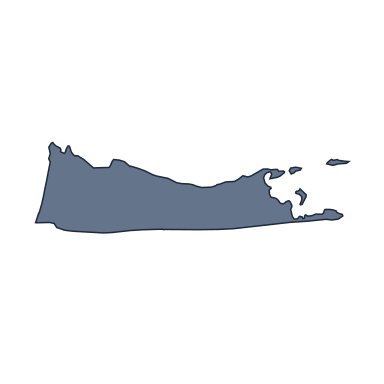 Suffolk, New York, United States of America (Mercator projection), rotated 20°
{"feature_id": "52423323B61185146991898", "entity_name": "Suffolk", "entity_type": "district", "adm_level": 2, "iso_a3": "USA", "parent_name": "United States of America", "parent_adm1": "New York", "projection": "mercator", "projection_center": [-72.547, 40.95], "detail": "fine", "context": "isolated", "style": "filled", "palette": "slate", "viewbox_px": 384, "rotation_deg": 20, "n_neighbors": 0, "source": "geoboundaries", "source_scale": "gbopen_adm2", "svg_char_len": 2775}
<svg xmlns="http://www.w3.org/2000/svg" viewBox="0 0 384 384"><g transform="rotate(20 192 192)"><path d="M55.5,274.3L56.7,274.0L68.7,269.3L73.3,268.7L77.0,271.6L84.6,271.5L85.1,271.5L89.3,270.6L94.9,269.2L106.4,265.7L122.9,260.7L130.6,257.5L147.0,249.4L156.2,245.4L157.9,244.6L175.3,237.7L177.3,237.0L178.0,237.2L179.5,236.4L182.6,235.3L210.9,225.2L229.7,218.1L243.3,212.4L294.7,186.9L310.2,180.1L327.3,171.8L333.2,170.4L338.6,167.5L341.9,163.0L341.6,162.3L340.4,161.5L339.4,161.9L335.8,161.8L334.7,161.4L334.0,160.5L330.3,160.6L326.9,161.4L323.0,162.9L322.6,164.6L322.8,165.6L322.7,167.0L321.6,168.5L315.7,170.5L312.9,173.2L309.1,175.1L306.9,174.6L306.1,175.1L306.2,176.3L306.6,177.8L306.2,178.6L305.5,178.8L305.2,178.9L305.0,179.0L304.4,177.8L301.7,177.9L301.1,178.6L301.0,179.3L300.4,181.0L298.2,182.2L296.9,182.2L295.7,181.5L294.3,180.2L290.5,174.3L290.9,172.5L290.5,170.5L287.5,167.6L286.3,167.1L285.8,167.2L283.7,168.9L282.8,170.8L282.1,171.5L280.8,172.2L278.7,172.3L275.9,170.3L273.7,169.4L271.5,169.3L268.0,169.9L265.6,167.6L263.9,163.7L265.1,161.5L264.4,160.6L261.2,160.5L257.6,158.6L254.4,154.2L254.4,152.9L254.4,151.0L255.9,148.1L257.5,146.9L258.5,146.5L259.6,146.7L260.8,148.1L260.7,152.9L267.2,149.0L269.3,146.9L272.2,142.2L272.1,141.5L270.8,141.0L266.6,142.8L265.7,142.5L264.7,141.6L262.4,142.3L258.5,144.2L255.2,144.5L250.9,146.2L242.1,156.6L239.3,158.8L234.3,159.3L231.4,163.9L228.4,167.5L220.3,171.0L215.2,175.3L213.1,176.4L212.3,177.8L208.7,180.7L199.5,184.5L194.4,185.0L190.3,184.9L186.3,185.5L179.4,187.7L174.2,188.5L164.7,187.4L153.3,189.1L148.7,189.2L141.1,188.3L133.7,188.2L125.5,188.7L125.0,189.3L123.9,188.8L118.0,186.6L115.6,186.8L112.8,186.9L107.2,188.3L106.5,190.8L106.2,195.8L105.8,197.0L105.7,197.3L91.1,203.1L89.7,202.5L79.0,198.4L72.4,197.1L70.1,197.7L69.8,198.2L68.5,197.8L66.1,196.6L64.5,195.2L61.2,190.9L59.9,191.0L59.7,191.2L59.2,194.1L59.3,198.2L58.8,199.4L54.6,199.1L54.5,198.2L54.4,197.1L53.2,195.9L48.2,195.2L45.6,194.1L44.3,193.1L43.1,194.1L42.2,198.6L42.1,198.8L45.7,204.5L46.0,209.8L48.5,212.3L51.6,231.9L51.8,232.9L52.8,240.2L53.3,243.0L53.9,246.9L54.0,247.8L54.1,248.2L54.2,249.5L54.7,253.2L54.8,253.5L55.5,263.2L55.2,264.2L55.5,274.3ZM309.2,118.2L308.9,119.5L315.1,118.8L316.6,117.9L319.4,115.8L322.4,114.4L325.4,113.1L327.4,112.1L329.0,109.7L325.9,110.6L324.2,111.0L319.2,112.1L317.2,111.9L314.3,113.8L312.1,113.6L311.3,114.4L310.2,116.3L309.2,118.2ZM289.5,156.4L289.7,157.3L290.2,157.7L293.6,157.5L296.2,158.6L296.8,159.2L297.9,161.7L297.8,166.8L298.1,167.0L299.7,166.0L300.8,157.4L300.2,155.5L292.5,152.2L292.2,153.9L291.4,154.8L289.9,155.7L289.5,156.4ZM276.5,135.8L276.1,138.8L279.1,141.2L281.3,139.1L282.3,136.9L286.2,134.4L286.7,132.3L281.0,133.2L276.5,135.8Z" fill="#64748b" stroke="#1e293b" stroke-width="1.5"/></g></svg>